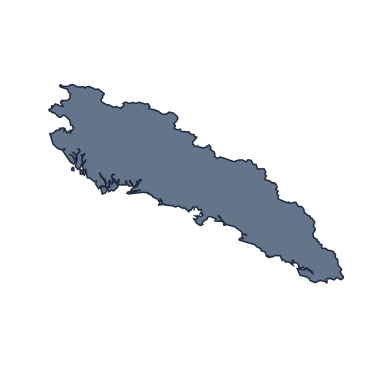 the district of Thandwe, Rakhine, Myanmar, rotated 313°
{"feature_id": "60261553B46892654123535", "entity_name": "Thandwe", "entity_type": "district", "adm_level": 2, "iso_a3": "MMR", "parent_name": "Myanmar", "parent_adm1": "Rakhine", "projection": "albers", "projection_center": [94.444, 18.437], "detail": "fine", "context": "isolated", "style": "filled", "palette": "slate", "viewbox_px": 384, "rotation_deg": 313, "n_neighbors": 0, "source": "geoboundaries", "source_scale": "gbopen_adm2", "svg_char_len": 6031}
<svg xmlns="http://www.w3.org/2000/svg" viewBox="0 0 384 384"><g transform="rotate(313 192 192)"><path d="M246.6,203.9L242.9,202.2L237.0,188.9L233.5,187.3L233.8,183.8L235.2,183.1L236.4,181.0L235.6,176.0L237.4,175.5L238.1,172.4L232.7,171.0L229.8,166.8L229.6,164.8L227.1,162.9L227.8,160.7L227.2,160.0L228.8,158.5L235.3,158.2L234.3,156.1L235.4,154.2L233.7,152.5L233.3,149.8L234.0,149.0L229.0,142.9L229.9,140.5L227.7,139.2L226.4,135.8L229.4,134.4L229.2,132.7L230.2,131.8L231.9,132.4L236.0,131.7L237.2,129.5L237.0,124.5L234.9,120.8L231.6,120.2L228.7,117.5L228.0,111.6L227.0,111.0L227.2,109.7L223.7,103.9L223.8,103.2L225.8,103.1L226.6,99.8L224.1,97.4L221.8,92.4L218.5,90.5L217.0,87.5L213.9,85.8L212.8,82.6L211.5,81.6L209.4,81.2L209.3,82.7L207.8,83.4L206.3,82.5L204.6,83.0L202.9,78.3L200.1,76.8L200.1,75.0L198.9,71.4L197.7,70.4L196.3,64.6L197.5,62.3L200.4,62.2L201.6,60.6L203.1,61.2L204.1,60.6L203.3,53.0L201.3,51.7L199.2,45.1L197.0,43.1L195.0,42.8L195.0,40.9L190.9,36.9L189.4,31.9L187.4,29.9L185.9,30.0L184.1,28.7L181.0,25.2L181.0,22.9L179.6,22.6L179.1,24.2L182.3,31.1L180.9,33.2L180.9,36.5L179.6,36.5L177.6,38.7L174.1,38.5L170.2,34.3L169.9,35.3L168.5,34.4L167.5,35.7L167.2,38.8L166.1,39.1L163.3,32.0L159.3,32.2L159.9,31.6L159.3,30.7L157.8,32.2L154.7,31.2L154.0,32.3L155.4,34.4L154.6,35.2L156.3,38.3L155.8,43.1L157.0,45.0L160.6,45.5L161.2,47.9L161.1,53.7L158.1,57.7L159.2,59.5L158.1,60.9L158.4,61.6L155.9,62.3L153.7,60.9L154.0,62.3L152.1,62.9L151.9,60.7L149.9,60.4L150.9,58.7L150.3,57.7L151.4,56.4L149.8,56.5L151.3,55.3L151.3,54.4L148.3,51.8L148.0,52.9L144.1,50.6L139.6,50.1L137.8,48.2L132.2,57.9L132.3,64.2L134.4,68.9L137.6,69.5L133.9,70.0L131.0,82.6L131.8,86.6L135.1,85.9L136.8,79.6L135.8,76.4L137.0,79.6L135.9,85.9L139.8,82.2L139.8,77.3L140.6,82.2L145.1,82.3L145.9,78.7L146.3,80.4L145.3,82.5L140.2,82.4L137.8,85.7L131.3,89.1L130.7,93.2L134.5,93.6L136.5,92.3L138.8,92.4L140.2,89.2L140.8,88.7L142.7,88.3L143.0,86.3L143.5,85.9L144.7,86.6L145.1,87.8L147.5,86.7L145.5,88.1L144.9,88.0L143.4,86.2L143.0,88.5L140.2,89.5L139.7,92.4L143.8,92.6L136.5,93.9L133.6,98.2L136.2,98.8L131.0,105.7L132.4,107.4L132.9,113.7L134.7,114.6L132.2,116.0L130.8,121.5L134.9,121.4L136.8,124.7L139.0,123.4L140.8,119.7L141.0,115.2L143.1,110.6L141.6,116.6L141.9,119.9L139.8,123.3L137.3,125.0L135.9,124.6L134.6,121.9L132.8,122.4L129.3,127.8L132.3,129.3L135.6,128.8L137.4,126.0L139.6,128.0L141.4,125.0L142.7,124.9L142.9,123.7L143.3,123.7L144.7,124.0L143.6,125.4L143.5,128.0L146.9,125.8L148.6,122.2L150.9,121.9L151.5,123.1L148.7,122.5L148.1,123.3L148.4,128.9L147.7,131.3L152.0,129.7L148.7,132.1L147.2,132.0L146.9,133.2L152.3,139.2L153.4,138.8L153.3,137.9L154.3,136.1L155.3,136.8L153.7,137.8L153.4,142.2L155.4,143.5L156.5,142.9L157.0,139.2L159.0,138.7L157.3,140.1L157.3,142.5L155.8,144.5L157.0,146.4L161.2,145.9L162.3,143.6L162.1,146.0L164.9,145.3L166.2,145.8L165.8,147.2L164.5,146.1L163.1,147.1L157.9,147.9L154.0,145.8L150.5,146.4L150.1,147.2L152.9,148.4L158.6,153.4L150.0,147.7L148.7,145.2L146.7,145.3L147.4,147.0L158.2,156.2L161.6,160.5L160.8,160.7L162.3,165.7L161.6,166.5L163.2,171.5L162.5,175.3L165.4,173.3L165.5,173.9L164.0,175.3L165.5,176.8L164.0,176.3L163.9,177.1L162.1,177.6L162.1,178.7L164.1,179.4L163.8,180.8L168.8,187.4L169.5,189.8L172.6,191.9L173.8,196.5L174.6,196.5L175.4,198.3L175.4,203.2L176.8,202.4L177.7,203.6L181.6,203.0L184.3,205.7L183.3,209.3L185.5,210.8L183.9,212.4L181.6,212.8L183.4,214.6L182.2,215.8L179.6,215.0L179.6,213.8L176.7,210.7L177.2,213.7L174.9,213.8L173.7,211.6L172.4,216.5L173.1,220.8L175.4,222.0L175.4,221.1L176.9,220.6L180.2,220.6L181.8,221.6L184.3,220.6L186.5,221.8L188.8,227.8L186.5,228.4L189.9,232.9L190.9,232.9L192.1,230.9L192.2,227.6L192.8,227.3L193.0,229.4L191.4,234.2L192.5,236.0L191.0,234.4L191.3,236.5L189.5,237.7L190.2,238.8L192.0,237.8L191.3,238.8L195.7,246.8L196.7,255.3L195.5,257.3L197.9,260.4L197.6,261.2L196.6,258.7L194.9,258.0L192.1,260.0L193.1,260.6L192.9,261.1L191.6,260.2L191.1,258.7L189.5,258.7L189.1,259.5L196.6,274.4L196.0,276.3L197.4,280.9L196.2,282.6L198.0,286.4L195.8,290.3L196.9,290.6L197.0,292.0L196.2,291.4L196.2,292.3L197.5,293.7L198.6,293.5L199.0,294.9L202.0,295.9L205.6,300.1L204.3,302.4L204.6,303.4L203.5,304.4L204.9,305.5L204.7,308.6L206.8,309.7L207.4,315.8L208.8,313.0L209.8,314.7L210.6,312.2L211.1,313.0L210.2,315.0L211.8,317.3L211.0,320.1L209.3,322.0L211.5,324.1L213.0,324.3L212.5,326.6L214.2,327.8L214.7,329.4L215.0,328.8L215.6,334.3L214.8,335.8L214.4,329.6L213.2,327.6L211.5,327.2L207.7,321.2L204.8,327.8L207.8,333.2L208.6,336.7L207.8,338.5L209.1,342.4L209.8,344.0L214.7,346.0L217.1,350.0L217.5,352.5L219.1,351.4L219.6,349.8L221.1,350.0L221.8,351.5L223.4,351.7L223.5,353.7L224.7,355.9L228.3,356.2L229.3,360.6L231.8,361.4L233.1,360.8L234.5,354.9L237.5,354.2L238.1,348.8L242.0,344.5L241.8,341.4L244.4,339.3L244.1,337.7L244.9,336.7L244.0,333.7L242.1,331.2L241.9,328.1L239.6,325.9L240.4,324.0L242.0,323.1L241.1,320.2L242.2,318.6L241.4,316.5L242.7,315.7L241.6,312.4L243.7,308.8L248.2,308.0L249.3,306.8L249.8,304.0L253.8,302.2L254.6,297.6L253.9,296.7L254.9,294.8L254.0,293.2L253.7,288.0L255.8,285.3L256.1,282.4L254.0,279.3L255.3,274.8L250.2,271.0L250.7,269.7L249.5,269.2L248.3,267.0L245.8,260.1L246.6,258.5L248.4,257.8L248.6,255.1L251.4,254.4L250.9,251.7L253.6,251.0L254.7,248.8L255.1,246.8L254.3,245.0L253.3,244.8L253.2,241.2L250.9,237.3L251.6,236.1L254.4,235.5L254.8,233.2L256.9,232.5L258.1,229.0L253.6,224.1L255.8,220.1L253.9,217.7L255.5,213.9L254.9,212.5L253.5,210.9L250.9,210.9L249.7,206.8L246.6,203.9ZM142.9,128.1L143.2,125.8L144.2,124.0L143.0,124.0L143.0,124.7L142.6,125.3L141.5,125.4L140.0,128.5L139.2,128.6L137.3,126.7L135.6,131.1L138.7,131.9L139.2,133.9L145.3,134.3L146.4,132.4L146.9,126.2L144.6,127.9L142.9,128.1ZM130.8,101.9L134.1,101.0L135.5,99.1L133.2,98.6L131.2,99.9L130.8,101.9ZM129.8,99.5L132.6,98.4L132.6,95.2L132.0,94.8L129.1,98.0L129.8,99.5ZM127.2,91.1L129.1,88.7L128.2,87.8L126.3,88.5L125.9,89.6L127.2,91.1ZM161.0,176.2L159.7,176.3L159.6,176.5L161.0,177.5L161.0,176.2ZM180.0,206.0L181.2,205.3L181.2,205.0L180.0,206.0Z" fill="#64748b" stroke="#1e293b" stroke-width="1.5"/></g></svg>